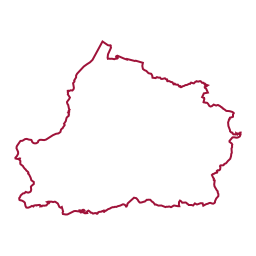 Barsesti, Vrancea, Romania (Mercator projection), rotated 90°
{"feature_id": "2599482B14345324048556", "entity_name": "Barsesti", "entity_type": "district", "adm_level": 2, "iso_a3": "ROU", "parent_name": "Romania", "parent_adm1": "Vrancea", "projection": "mercator", "projection_center": [26.754, 45.917], "detail": "fine", "context": "isolated", "style": "outline", "palette": "rose", "viewbox_px": 256, "rotation_deg": 90, "n_neighbors": 0, "source": "geoboundaries", "source_scale": "gbopen_adm2", "svg_char_len": 5817}
<svg xmlns="http://www.w3.org/2000/svg" viewBox="0 0 256 256"><g transform="rotate(90 128 128)"><path d="M202.6,231.2L206.0,230.5L207.5,229.7L207.7,228.9L207.7,227.9L207.1,226.2L205.9,224.0L206.5,222.6L205.5,221.9L205.3,220.7L205.2,219.8L205.5,219.3L205.2,218.9L204.9,216.6L205.1,215.9L205.6,215.3L206.4,215.6L206.3,214.2L205.9,214.0L205.6,213.2L205.7,211.2L205.5,210.7L205.4,209.6L203.4,208.0L203.3,207.1L202.7,206.7L202.1,207.3L202.2,208.5L202.0,208.8L201.7,207.9L201.7,204.2L202.1,202.9L201.7,201.4L201.8,200.7L203.5,198.2L207.0,196.6L207.7,195.3L207.0,194.2L211.5,192.9L212.5,193.4L214.0,193.1L214.5,190.2L214.4,188.5L211.1,181.9L211.0,180.2L211.4,177.7L211.3,176.9L210.3,176.7L210.3,175.9L210.5,175.7L211.7,176.1L212.5,175.2L212.3,174.5L210.6,174.2L210.1,173.8L209.9,173.5L209.8,172.3L210.5,171.5L212.1,172.8L212.4,172.8L213.3,171.0L213.1,168.9L212.7,169.1L212.7,169.5L212.3,169.9L212.1,169.8L212.0,169.2L212.2,168.8L211.3,168.7L210.6,167.6L211.3,166.5L212.7,165.2L212.7,164.3L213.6,163.0L213.2,161.7L213.2,160.7L213.0,160.0L213.8,159.0L213.4,158.3L212.4,157.9L211.9,156.9L211.7,154.8L211.0,153.6L211.9,151.9L211.3,151.2L211.3,151.7L210.6,151.8L210.7,150.1L209.1,147.8L208.6,146.2L207.9,145.1L207.2,143.5L207.2,142.1L206.8,141.1L206.9,139.5L206.3,138.5L205.6,135.8L204.3,133.1L204.3,132.5L204.6,131.7L205.4,130.5L206.5,130.0L206.5,129.5L205.3,128.8L203.8,128.5L203.1,128.0L197.7,122.0L198.2,119.7L200.0,118.1L201.2,117.5L202.3,116.5L202.6,116.0L202.4,114.3L201.6,111.8L201.6,111.3L199.8,109.2L199.9,108.5L199.7,107.9L199.8,105.7L201.7,103.9L202.3,102.8L204.6,101.0L204.4,100.6L204.5,100.1L205.6,97.6L205.5,94.6L207.1,90.5L206.7,89.4L206.8,88.1L206.5,87.2L206.5,86.5L207.1,85.3L207.1,84.8L205.6,82.3L205.5,81.9L206.2,78.1L206.2,76.7L204.8,77.1L202.8,77.0L202.1,77.0L200.6,76.0L201.4,74.8L202.7,73.8L202.5,70.3L203.0,69.4L203.7,68.9L204.1,68.1L205.0,67.3L205.0,64.4L205.5,62.9L203.4,61.1L204.4,59.3L204.4,58.7L203.2,55.4L203.3,53.4L205.7,52.7L204.2,49.9L203.7,48.1L203.0,46.7L202.9,45.5L203.4,44.3L203.7,42.9L203.1,41.7L202.5,41.1L201.0,40.9L198.4,39.7L196.2,37.7L194.1,37.6L192.5,38.3L191.3,38.3L190.3,39.2L186.3,41.5L184.3,41.8L180.5,41.3L180.3,42.1L180.0,42.3L178.5,42.1L177.8,42.8L175.0,44.1L174.1,43.2L173.6,41.6L173.1,41.0L172.6,38.9L172.0,38.7L171.6,39.2L171.0,39.2L170.3,38.4L170.2,36.6L169.4,35.9L167.4,35.6L166.2,36.0L165.6,35.7L165.4,35.5L165.3,32.8L165.1,32.4L163.9,31.6L163.4,30.2L163.0,29.7L161.1,28.2L158.8,25.8L156.3,25.0L153.8,24.7L152.8,24.2L148.5,24.5L147.1,23.9L145.5,24.0L144.6,23.7L143.5,24.3L141.8,26.5L140.9,26.5L137.5,23.6L137.3,23.2L137.3,21.5L137.7,19.7L137.7,19.0L137.3,17.7L136.4,16.2L134.3,15.4L133.7,15.6L132.6,15.4L132.6,15.9L134.1,16.9L133.4,18.0L133.6,18.4L134.2,18.7L133.7,19.0L133.2,19.8L134.2,19.7L134.4,19.9L134.5,20.6L134.3,21.4L134.4,22.0L134.3,22.5L133.6,23.3L132.7,23.6L132.4,24.8L131.3,25.9L130.2,26.0L126.0,27.6L122.4,27.9L120.5,27.2L119.6,27.1L119.3,27.0L119.2,26.4L117.7,26.1L117.2,24.1L116.7,23.0L114.4,23.0L113.1,22.2L112.7,22.5L111.9,23.8L111.4,25.5L111.1,26.8L110.9,29.7L109.3,31.7L108.9,32.7L108.3,33.0L108.0,33.7L107.1,34.4L106.9,35.1L106.2,35.8L105.0,38.0L105.1,38.7L105.5,39.6L105.5,40.0L104.6,42.3L106.2,44.2L106.5,45.6L105.9,46.7L104.0,47.8L102.9,48.8L102.7,49.3L102.8,50.2L102.4,51.1L102.5,51.9L102.2,52.5L99.0,51.7L97.9,51.9L97.6,53.0L97.1,53.9L94.2,52.5L93.4,52.2L92.6,48.1L88.6,49.9L87.8,51.1L87.1,51.3L86.8,50.9L86.2,50.7L86.2,50.4L86.0,50.5L86.2,49.5L85.3,48.2L84.5,50.4L83.8,50.9L84.0,51.6L82.8,52.4L82.7,53.0L82.9,53.8L81.2,55.4L81.2,56.6L81.6,57.4L81.5,58.7L81.2,59.3L81.7,60.0L81.7,60.5L83.3,62.1L83.3,62.7L82.6,64.9L83.9,66.0L83.7,66.6L85.0,69.2L85.1,70.6L85.9,71.9L86.3,73.4L87.1,74.5L87.2,75.3L87.0,75.7L86.1,75.7L86.0,76.0L86.3,76.9L84.7,78.1L84.7,79.6L84.4,80.5L83.7,81.2L84.3,81.8L84.3,82.4L82.5,83.4L82.1,84.1L82.0,85.0L81.1,86.8L81.2,88.6L80.8,88.9L79.5,88.8L79.4,88.9L79.5,89.5L79.1,90.3L78.6,90.6L78.3,91.1L79.0,94.1L78.8,95.0L77.6,95.9L77.6,97.8L77.2,98.8L77.2,99.4L78.1,100.3L77.7,103.5L75.5,103.8L73.8,104.8L73.2,107.5L70.9,109.7L70.1,111.6L68.9,113.1L65.9,113.7L62.8,113.1L60.7,120.3L61.0,121.1L59.0,128.9L59.6,129.0L58.6,131.9L55.7,138.6L56.1,139.6L56.7,139.9L57.5,138.2L58.2,138.3L58.7,139.1L58.7,140.3L59.2,141.7L58.7,144.1L58.8,145.9L58.6,147.2L58.8,148.1L57.8,148.4L54.3,148.0L47.7,145.0L47.1,145.3L45.7,145.2L45.3,145.5L45.4,146.9L45.2,148.1L41.5,153.5L59.9,163.5L62.3,166.0L64.2,169.0L66.5,172.2L73.7,178.9L75.5,179.9L77.4,179.9L80.4,181.8L80.9,181.5L81.6,181.6L83.2,182.9L87.9,182.1L89.3,182.5L90.5,183.6L90.3,185.4L91.0,186.9L90.7,187.6L90.8,188.2L91.4,188.1L92.0,188.3L93.0,187.9L94.3,188.2L97.5,186.1L99.0,186.8L101.7,188.9L102.3,189.0L103.8,188.6L105.0,187.8L108.9,187.0L109.7,186.4L110.9,187.3L111.6,186.9L112.3,187.8L113.0,187.0L113.8,187.5L114.8,187.0L115.5,187.4L116.1,187.5L116.8,188.6L118.0,189.5L121.1,190.2L123.8,192.0L124.7,191.4L125.3,191.4L126.8,192.6L128.3,193.4L128.7,194.2L129.7,195.0L132.0,195.6L133.4,197.5L133.8,200.0L135.2,203.1L139.6,210.0L140.1,211.8L139.8,215.0L139.9,216.3L140.9,217.7L142.3,218.1L143.2,219.6L143.4,221.0L143.1,222.4L142.7,223.0L141.9,223.8L140.1,224.5L139.9,224.8L139.6,227.1L138.9,229.2L139.1,230.9L140.6,233.3L140.9,234.1L140.9,235.3L141.1,235.7L145.9,239.0L146.9,239.4L148.3,239.5L151.9,237.9L153.8,237.9L156.1,239.1L157.7,240.6L158.5,240.5L158.9,238.9L159.0,237.8L158.4,236.4L158.5,236.0L160.0,236.5L160.8,235.7L161.9,235.6L162.9,235.8L164.2,235.5L166.0,233.1L167.1,232.5L168.8,231.2L169.4,230.4L170.5,229.7L171.9,228.0L172.6,227.6L173.6,227.9L174.4,227.0L177.6,225.4L180.3,224.6L182.0,222.2L184.0,222.2L185.9,224.5L186.8,225.1L189.8,224.8L191.4,225.3L192.1,226.2L192.6,227.6L192.5,228.6L191.9,230.3L193.2,231.5L193.4,233.0L195.4,235.3L197.1,236.0L198.1,236.8L199.8,236.6L200.2,236.0L200.5,234.3L201.5,232.4L202.6,231.2Z" fill="none" stroke="#9f1239" stroke-width="2"/></g></svg>